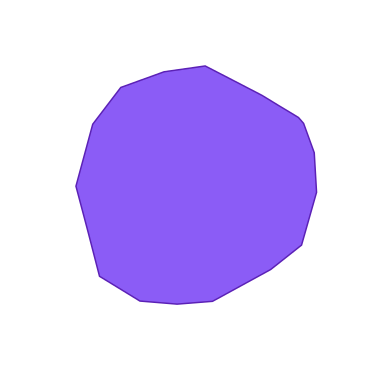 the district of Naftalan City, Goranboy, Azerbaijan, rotated 125°
{"feature_id": "54616110B32389340464615", "entity_name": "Naftalan City", "entity_type": "district", "adm_level": 2, "iso_a3": "AZE", "parent_name": "Azerbaijan", "parent_adm1": "Goranboy", "projection": "orthographic", "projection_center": [46.798, 40.447], "detail": "fine", "context": "isolated", "style": "filled", "palette": "violet", "viewbox_px": 384, "rotation_deg": 125, "n_neighbors": 0, "source": "geoboundaries", "source_scale": "gbopen_adm2", "svg_char_len": 423}
<svg xmlns="http://www.w3.org/2000/svg" viewBox="0 0 384 384"><g transform="rotate(125 192 192)"><path d="M175.6,72.7L172.7,71.8L120.8,89.8L89.7,114.4L71.8,139.9L69.9,147.5L71.5,171.0L72.7,190.1L77.0,222.4L81.2,253.5L109.5,283.8L147.2,310.3L193.4,312.2L253.8,290.4L274.8,265.5L285.8,252.5L314.1,219.4L311.2,172.1L292.4,139.9L269.8,112.5L210.4,83.1L175.6,72.7Z" fill="#8b5cf6" stroke="#5b21b6" stroke-width="1.5"/></g></svg>